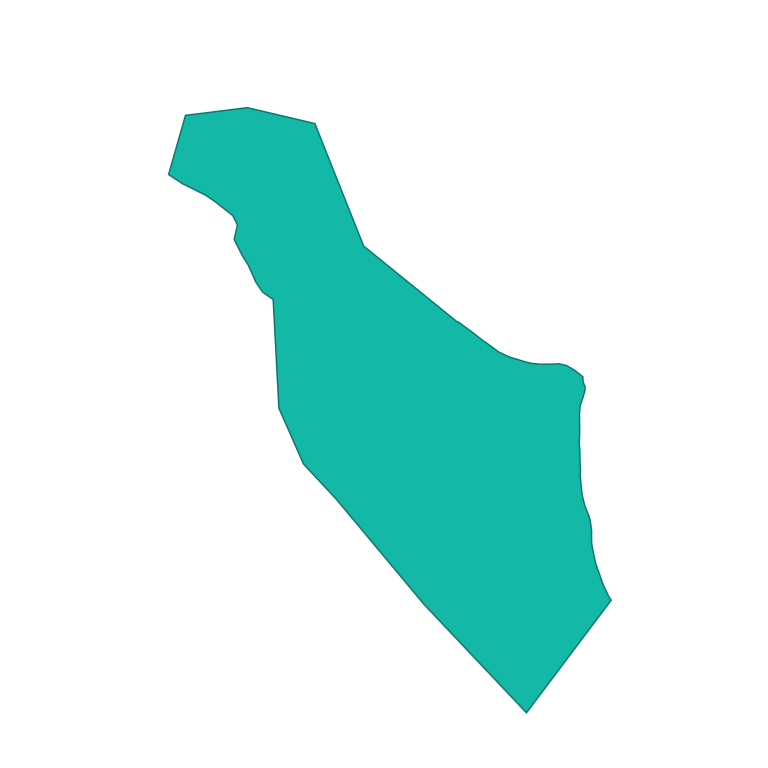 Bishop'S Gap/Ghirawoo Road, Castries, Saint Lucia (Natural Earth projection), rotated 313°
{"feature_id": "8701671B64130059422641", "entity_name": "Bishop'S Gap/Ghirawoo Road", "entity_type": "district", "adm_level": 2, "iso_a3": "LCA", "parent_name": "Saint Lucia", "parent_adm1": "Castries", "projection": "natural_earth1", "projection_center": [-60.984, 14.001], "detail": "fine", "context": "isolated", "style": "filled", "palette": "teal", "viewbox_px": 768, "rotation_deg": 313, "n_neighbors": 0, "source": "geoboundaries", "source_scale": "gbopen_adm2", "svg_char_len": 959}
<svg xmlns="http://www.w3.org/2000/svg" viewBox="0 0 768 768"><g transform="rotate(313 384 384)"><path d="M527.3,155.9L492.9,95.6L445.1,55.6L390.3,83.6L393.0,99.9L400.4,124.5L402.2,136.2L404.0,158.7L400.4,168.3L387.6,175.8L381.2,192.9L378.4,203.6L371.1,220.7L368.4,232.5L370.2,245.3L294.6,323.7L270.6,379.7L267.2,427.8L250.1,563.9L240.7,712.4L380.8,697.6L381.9,693.2L386.9,680.7L391.5,672.0L396.6,662.1L401.4,655.0L406.2,648.2L409.8,643.8L418.6,635.5L424.5,628.3L427.1,624.1L432.1,613.6L438.1,604.4L444.6,596.9L450.5,590.4L455.4,586.1L462.7,578.5L468.5,573.1L474.0,567.0L482.3,559.9L489.1,553.4L495.3,547.5L501.5,542.5L509.2,539.0L516.3,535.4L519.2,532.8L521.1,528.4L524.9,524.5L524.1,514.3L522.0,505.0L518.1,498.2L513.3,493.5L505.2,485.0L500.1,478.4L496.7,472.6L491.7,462.3L489.2,457.3L485.6,446.0L484.0,431.6L483.3,427.7L482.1,413.6L480.8,403.0L480.2,396.9L479.3,394.9L471.0,275.1L527.3,155.9Z" fill="#14b8a6" stroke="#0f766e" stroke-width="1.5"/></g></svg>